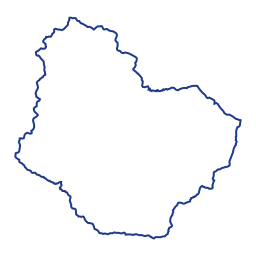 the district of Kapong, Phangnga, Thailand, rotated 90°
{"feature_id": "78962969B49834487361674", "entity_name": "Kapong", "entity_type": "district", "adm_level": 2, "iso_a3": "THA", "parent_name": "Thailand", "parent_adm1": "Phangnga", "projection": "mercator", "projection_center": [98.457, 8.749], "detail": "fine", "context": "isolated", "style": "outline", "palette": "blue", "viewbox_px": 256, "rotation_deg": 90, "n_neighbors": 0, "source": "geoboundaries", "source_scale": "gbopen_adm2", "svg_char_len": 5790}
<svg xmlns="http://www.w3.org/2000/svg" viewBox="0 0 256 256"><g transform="rotate(90 128 128)"><path d="M189.3,195.7L189.2,195.0L189.3,194.6L191.0,193.5L191.0,191.0L192.0,190.5L192.3,189.3L192.7,188.8L194.5,188.0L195.6,186.9L196.4,185.6L197.2,185.4L199.3,186.0L200.8,186.2L201.6,185.7L202.7,185.7L204.4,184.8L206.4,184.9L207.5,184.4L208.5,183.4L208.8,181.1L209.3,180.5L210.6,180.1L214.0,179.9L214.7,179.6L215.5,178.3L216.5,177.5L216.5,176.0L216.9,174.6L216.5,173.2L216.6,172.6L217.1,172.1L219.3,171.2L221.0,170.2L222.8,168.2L223.1,167.5L223.0,166.4L223.8,163.4L225.6,162.4L229.0,161.4L229.6,159.7L230.5,158.4L231.4,157.5L232.7,156.9L233.2,156.2L233.3,154.1L233.9,153.1L233.5,151.1L234.2,148.2L234.1,147.6L233.2,146.0L233.3,143.8L232.4,141.6L232.9,139.4L232.8,137.5L233.4,135.1L233.3,133.9L232.7,132.6L232.7,131.9L233.0,131.1L234.5,130.5L234.7,130.1L234.4,128.8L234.4,126.9L234.5,124.7L235.0,123.2L234.5,122.1L234.6,121.3L234.1,120.1L235.2,116.7L235.0,114.7L236.2,110.7L235.5,109.1L235.4,107.9L235.9,106.3L236.9,105.5L237.1,104.4L237.9,103.7L238.4,102.3L238.4,101.9L237.4,100.9L237.1,100.2L237.2,95.7L236.5,93.4L236.3,91.1L235.4,90.4L233.8,88.2L232.0,87.9L231.3,87.4L229.8,87.7L229.3,87.1L227.8,86.8L226.9,84.8L226.2,84.1L225.3,84.1L221.5,85.9L218.1,85.5L216.1,84.5L214.8,83.5L213.8,83.5L211.8,82.7L210.2,83.1L209.7,82.5L206.8,80.7L205.2,78.9L202.9,77.8L202.5,76.8L202.8,75.6L202.8,74.9L203.6,72.9L203.7,72.0L201.9,67.7L201.4,65.9L199.8,65.8L199.2,65.1L198.0,64.8L197.8,63.5L196.7,62.3L197.0,61.5L196.2,60.8L195.8,60.0L194.6,59.2L194.4,58.3L193.9,57.7L192.8,57.2L188.3,56.1L186.6,54.9L186.1,54.1L186.0,53.6L186.9,52.7L187.0,51.7L187.6,50.9L187.8,49.7L187.8,48.1L188.6,47.2L188.8,45.4L188.3,43.7L187.6,43.3L186.0,43.5L184.6,43.3L181.4,42.3L180.7,41.7L180.3,41.8L180.2,42.6L178.4,43.3L177.1,42.6L174.5,42.2L172.8,42.3L172.2,42.1L171.2,40.1L169.4,38.0L169.4,36.3L167.9,33.8L167.6,32.1L167.0,30.6L166.7,28.4L165.4,26.4L163.2,26.3L161.8,26.6L161.2,26.5L152.8,23.2L149.2,22.4L145.8,21.0L145.1,20.2L143.3,20.1L141.9,19.3L141.4,19.4L140.2,20.3L138.8,19.9L137.1,20.3L136.1,19.6L135.2,19.8L131.3,19.8L130.0,19.6L127.4,18.7L127.0,18.3L126.8,17.3L125.6,16.2L120.2,15.4L119.9,17.1L119.1,18.7L118.9,20.2L116.6,23.0L114.7,26.5L114.7,29.1L113.2,31.5L111.1,32.7L107.7,35.8L103.7,38.5L103.1,39.6L103.1,40.0L103.7,41.6L101.2,41.4L100.5,41.7L99.9,42.4L97.7,46.5L97.7,47.0L98.1,48.3L97.8,49.0L96.9,49.7L95.1,50.8L92.2,54.0L89.0,56.7L85.9,58.7L85.8,62.4L86.2,64.7L86.7,66.0L87.1,68.1L88.1,69.0L88.2,69.5L87.9,70.3L88.1,73.3L89.3,76.6L90.1,77.7L90.1,78.9L89.6,80.2L87.9,81.9L87.6,84.2L88.8,86.3L88.9,87.2L89.6,88.6L89.0,89.4L89.2,89.9L89.1,90.6L89.7,91.3L89.9,91.7L89.8,92.4L89.4,92.7L89.8,93.3L90.2,93.2L90.5,93.4L90.4,93.8L90.7,93.9L90.7,94.9L91.2,96.0L91.1,97.0L90.1,98.3L90.2,98.9L90.8,99.0L90.6,99.3L91.0,99.6L90.9,99.9L91.2,100.4L90.5,102.4L90.6,104.3L90.9,104.4L90.3,105.2L90.7,105.3L90.7,105.6L90.2,106.3L89.1,106.2L89.5,107.4L88.0,107.2L86.3,108.1L87.1,110.8L87.1,112.4L86.9,113.2L86.2,113.7L85.5,113.8L81.4,113.2L79.9,114.3L78.5,114.1L78.0,114.2L74.4,117.2L74.2,117.8L73.5,118.0L73.0,119.1L72.3,119.5L70.0,122.4L69.5,122.8L68.9,122.7L67.0,121.0L65.6,120.4L64.8,120.3L62.8,120.8L61.8,119.8L59.9,119.3L58.9,119.2L58.0,119.4L57.0,120.4L53.5,126.9L52.5,130.6L53.1,132.7L53.0,133.8L52.3,134.9L50.9,136.1L50.6,137.7L49.8,138.8L49.0,139.1L45.3,138.3L43.4,138.4L42.4,138.7L41.1,140.2L40.3,140.6L39.2,140.5L36.4,139.3L35.1,139.1L34.1,139.3L33.1,140.1L32.1,141.5L31.3,143.2L31.1,144.6L30.5,147.0L29.1,148.8L29.0,149.7L29.4,150.5L29.3,152.5L26.2,154.1L26.4,156.7L26.3,158.2L27.2,159.6L29.4,161.9L29.4,162.5L27.8,164.2L26.8,166.6L27.0,168.5L26.2,169.3L24.4,172.2L24.1,173.1L23.5,173.8L23.3,175.1L21.8,176.4L21.1,176.7L21.0,178.0L20.6,178.8L18.6,180.1L18.2,180.4L18.0,181.6L18.3,183.1L17.7,185.0L17.6,186.0L17.9,186.6L18.3,186.8L19.9,186.6L22.1,187.8L25.0,188.2L28.9,192.0L29.7,193.2L30.1,194.4L29.5,196.3L29.6,197.8L28.8,200.3L28.9,200.9L29.5,201.9L31.5,201.8L32.2,202.0L33.0,202.6L33.7,203.6L34.7,203.9L36.6,205.2L36.8,206.0L36.5,207.0L37.0,208.2L36.9,209.9L38.3,210.2L38.8,211.1L39.4,211.8L40.6,212.6L41.3,212.9L42.2,212.5L43.6,210.8L44.2,210.3L45.6,210.5L46.5,210.0L47.0,210.0L48.4,210.9L48.9,213.3L48.3,214.5L48.3,214.9L50.7,217.6L51.5,219.3L52.1,220.0L54.2,219.9L55.2,219.5L55.7,218.7L55.5,217.7L56.4,216.4L57.5,215.9L59.4,214.3L60.9,212.8L61.6,212.4L62.3,212.2L64.6,212.1L67.0,211.4L70.7,211.7L71.7,211.1L73.2,211.0L74.1,210.6L74.9,210.8L75.6,212.3L77.0,213.0L77.4,214.0L78.3,214.8L78.8,215.9L80.0,216.5L81.0,218.0L81.8,218.7L82.8,219.2L86.3,218.2L87.6,218.0L89.5,218.7L91.2,219.8L93.6,220.4L94.9,219.8L96.9,219.6L97.6,218.3L98.4,217.6L98.8,216.3L99.5,216.1L100.6,216.7L101.5,218.3L102.0,218.8L103.6,219.4L106.1,219.2L107.7,221.6L108.4,222.1L109.5,222.2L110.8,221.9L112.1,221.0L114.2,218.7L114.8,218.3L115.3,218.2L117.1,220.1L118.1,222.1L119.4,222.8L120.9,222.9L124.6,221.9L126.5,221.8L128.1,222.1L128.8,222.5L130.0,223.4L130.9,224.7L132.9,224.2L133.2,224.3L133.5,224.8L133.7,226.0L132.9,228.3L132.9,229.2L133.9,230.7L135.0,231.4L138.2,232.2L138.5,233.0L138.3,236.0L138.5,236.4L140.1,236.3L141.3,237.0L142.0,237.1L144.7,236.1L145.9,235.9L151.6,236.9L152.6,238.0L152.9,239.7L153.2,240.3L155.7,240.6L156.6,240.6L157.5,240.2L159.2,237.9L159.8,236.7L161.6,236.7L162.2,236.4L163.6,233.7L164.5,233.1L164.7,232.6L165.5,231.7L167.4,230.9L167.9,230.1L169.4,229.0L169.8,228.4L170.5,226.0L171.3,224.9L172.3,224.5L172.7,224.1L172.9,223.2L172.7,220.8L174.6,219.1L175.1,216.7L176.8,214.6L176.9,212.4L178.0,211.8L178.2,210.7L179.3,209.6L180.8,207.5L180.9,207.1L180.7,206.3L181.7,205.5L182.5,202.9L183.3,202.4L183.2,201.6L184.0,200.7L184.0,200.2L183.5,199.7L183.6,198.8L182.2,196.5L181.9,194.8L183.6,195.0L185.0,194.4L187.1,195.5L187.5,196.1L188.6,196.1L189.3,195.7Z" fill="none" stroke="#1e3a8a" stroke-width="2"/></g></svg>